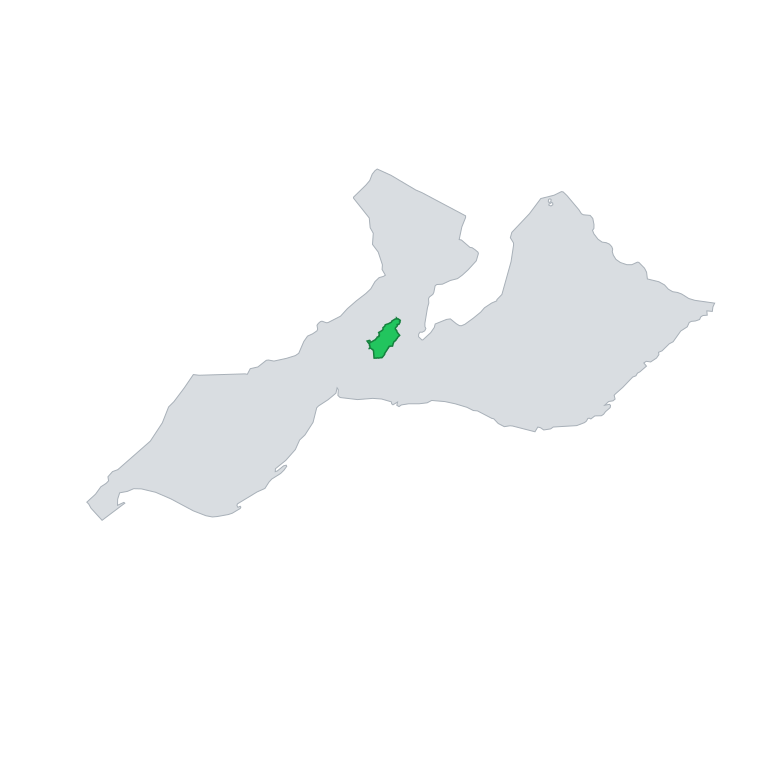 location of Maringue, Sofala, Mozambique, rotated 49°
{"feature_id": "85939544B35485552295049", "entity_name": "Maringue", "entity_type": "district", "adm_level": 2, "iso_a3": "MOZ", "parent_name": "Mozambique", "parent_adm1": "Sofala", "projection": "natural_earth1", "projection_center": [34.474, -17.814], "detail": "fine", "context": "in_parent", "style": "filled", "palette": "green", "viewbox_px": 768, "rotation_deg": 49, "n_neighbors": 0, "source": "geoboundaries", "source_scale": "gbopen_adm2", "svg_char_len": 7798}
<svg xmlns="http://www.w3.org/2000/svg" viewBox="0 0 768 768"><g transform="rotate(49 384 384)"><path d="M251.8,521.7L256.1,517.8L285.2,482.2L287.0,480.8L284.7,474.9L288.4,468.0L288.9,457.3L290.1,455.5L294.5,452.0L300.6,440.9L304.4,432.3L304.9,428.2L299.3,416.6L297.7,410.3L299.3,404.9L299.9,399.8L299.1,398.1L295.7,396.0L295.2,393.8L295.2,391.1L295.9,389.6L300.0,387.3L300.9,386.0L304.3,372.3L303.1,362.1L303.1,350.4L303.8,338.3L303.5,331.5L300.8,323.6L300.5,317.9L302.4,313.9L302.8,311.6L296.3,310.3L293.0,307.0L280.6,301.8L271.1,301.1L263.2,293.2L257.0,291.9L249.0,286.2L223.9,285.1L223.0,284.5L222.0,267.1L221.1,261.3L217.9,255.2L217.1,250.9L217.3,248.1L231.1,241.8L258.3,232.8L264.3,229.9L310.6,212.1L311.9,213.2L316.5,222.2L324.3,232.5L326.1,231.1L337.3,229.5L338.9,228.1L342.3,227.2L346.2,226.6L347.5,227.2L351.6,233.6L353.0,245.6L353.2,253.6L352.7,259.4L349.4,266.0L347.0,274.4L343.5,279.0L343.5,281.1L347.5,286.2L348.4,288.3L348.1,292.6L348.8,294.4L352.3,297.1L355.0,301.2L365.0,313.3L367.6,315.5L369.6,316.0L370.6,318.4L370.0,321.2L368.5,322.8L369.1,325.1L371.0,326.9L375.6,326.5L376.2,325.7L375.9,315.1L374.3,308.9L372.3,306.0L376.3,294.4L378.4,291.2L385.9,289.9L389.4,288.8L390.8,287.4L392.0,283.8L392.9,273.5L393.2,263.9L392.4,258.2L393.5,249.7L395.2,244.4L394.4,243.4L393.8,236.3L375.0,207.8L364.2,195.1L362.5,193.7L356.5,192.7L353.4,188.0L350.9,162.5L346.9,144.0L353.1,131.8L355.2,123.9L356.5,122.8L361.7,122.3L380.4,122.6L385.0,123.3L387.1,122.5L392.0,117.8L396.0,117.8L401.4,120.9L404.3,123.5L404.8,125.8L408.4,127.1L415.1,127.5L420.0,126.3L423.1,123.6L426.3,122.1L429.7,122.0L432.2,122.9L433.9,124.9L437.2,126.4L442.1,127.2L447.4,125.9L453.2,122.5L456.5,118.8L458.3,112.8L459.4,111.9L467.5,111.4L471.9,112.5L477.5,116.3L487.1,109.5L493.2,107.3L499.0,107.2L503.7,105.6L507.5,102.4L511.4,100.3L519.4,97.9L524.8,94.5L539.9,81.4L541.6,85.2L544.6,88.6L540.6,92.4L544.1,94.9L541.5,98.5L541.2,101.0L542.4,103.5L540.7,107.7L538.4,110.9L537.8,113.3L539.8,117.6L538.7,125.3L541.8,138.1L540.8,142.3L541.4,152.4L540.2,156.0L542.2,157.3L543.2,161.3L542.3,168.3L538.9,171.2L538.6,174.1L542.7,174.2L542.7,183.0L542.1,185.6L543.1,188.5L541.9,191.8L543.2,205.9L543.3,216.1L543.5,217.7L547.0,219.5L546.9,222.3L544.6,225.9L544.8,231.4L547.3,227.1L548.8,227.1L550.2,228.8L550.2,235.0L550.9,238.1L550.6,240.7L546.4,245.8L546.1,250.8L544.5,251.5L543.7,252.7L544.8,255.5L544.7,258.0L541.8,265.9L527.5,284.5L527.2,287.7L523.5,293.6L519.6,294.6L517.4,296.2L519.1,301.4L500.1,314.5L498.2,316.3L495.1,321.2L488.8,323.7L482.1,324.0L480.9,325.1L465.6,331.1L462.6,334.0L456.0,336.7L445.7,343.2L437.3,349.5L427.7,358.8L426.5,363.8L422.0,370.4L415.2,378.2L411.2,384.6L410.9,387.5L408.5,388.3L406.5,385.6L405.6,390.9L404.0,391.2L402.2,390.2L393.7,395.7L387.4,402.0L378.4,414.2L365.4,426.0L362.4,426.3L358.3,422.2L356.1,421.9L359.4,426.3L359.2,436.3L357.6,447.8L357.8,450.4L366.4,462.7L370.6,477.1L370.9,484.4L375.3,493.9L377.2,508.2L376.7,521.5L378.8,523.6L379.6,521.7L379.9,513.4L381.1,511.1L382.3,511.4L383.4,516.0L383.7,520.7L382.1,531.1L382.6,535.3L384.7,542.4L382.2,550.6L378.3,573.3L379.2,574.7L381.2,575.2L381.9,572.8L383.0,572.8L383.6,574.2L382.0,583.2L380.4,587.1L374.7,596.7L371.7,600.8L366.6,604.8L354.7,611.1L330.9,620.2L315.9,627.4L304.0,635.9L298.8,641.6L296.7,648.1L292.7,654.9L296.2,660.6L300.7,664.7L302.7,658.0L303.9,657.8L301.9,686.2L285.5,686.6L280.8,685.6L278.2,685.8L277.9,674.0L275.8,665.1L276.7,658.8L276.4,655.4L272.9,653.2L272.0,646.4L274.0,641.1L273.8,597.8L267.9,576.8L260.0,561.6L259.5,554.1L255.9,537.3L251.8,521.7ZM357.2,142.3L359.2,141.2L359.5,139.0L358.2,138.0L357.1,138.2L356.5,141.6L357.2,142.3ZM355.9,138.4L354.3,136.8L353.1,137.3L352.7,138.6L354.0,140.3L355.3,140.4L355.9,138.4Z" fill="#d9dde1" stroke="#a8b0b8" stroke-width="1"/><path d="M358.8,346.3L358.7,346.2L358.4,345.8L358.3,345.1L358.2,344.9L358.3,344.6L358.2,344.1L358.1,343.9L358.0,343.6L357.8,343.1L357.7,342.4L357.7,342.2L357.6,341.8L357.7,341.6L357.7,341.4L357.6,340.6L357.5,340.4L357.5,340.2L357.4,340.2L357.2,340.2L355.9,340.2L355.2,340.2L354.7,340.2L354.0,340.0L353.4,340.0L352.8,339.9L352.7,339.8L352.5,339.7L352.2,339.4L351.6,339.3L351.3,339.3L351.2,339.3L350.8,339.6L350.7,339.6L350.3,339.5L349.8,339.2L349.6,339.1L349.3,338.7L349.2,338.5L349.1,338.3L349.1,337.9L349.0,337.6L349.0,337.2L349.0,336.6L349.0,336.4L348.8,336.0L348.8,335.8L348.7,335.5L348.6,335.4L348.5,335.2L348.2,335.0L348.1,334.9L347.8,334.9L348.5,333.7L348.7,333.3L348.7,333.2L348.5,332.9L348.2,332.3L348.1,332.1L348.1,331.8L348.1,331.7L347.9,331.5L347.5,331.3L347.1,331.3L346.9,331.2L347.1,330.4L347.0,330.2L346.9,330.2L346.7,330.2L346.4,330.1L346.2,330.0L345.9,330.3L345.6,330.2L345.4,330.2L345.3,330.3L345.0,330.4L344.8,330.5L344.7,330.5L344.4,330.7L344.2,330.6L344.0,330.9L343.9,331.0L343.7,331.1L343.4,331.3L343.0,331.3L342.9,331.3L342.8,331.2L342.7,331.2L342.6,331.3L342.4,331.3L342.5,331.4L342.5,331.5L342.9,331.6L343.0,331.8L343.0,332.0L342.8,332.4L342.4,332.9L342.3,333.0L342.2,333.1L342.2,333.7L342.1,333.9L341.8,335.8L341.6,336.3L341.6,336.5L341.7,336.8L341.9,337.1L342.0,337.4L342.1,337.6L342.1,337.8L342.1,338.2L341.8,339.4L341.7,339.6L341.7,339.8L341.6,340.2L341.6,340.3L341.3,341.5L341.1,341.8L341.0,342.1L340.9,342.2L340.1,344.2L340.8,345.4L340.9,345.6L340.9,345.8L340.8,347.6L340.8,347.8L340.9,348.0L341.9,348.6L342.1,348.8L342.2,349.0L342.2,349.3L342.3,349.6L342.3,349.8L342.3,350.1L342.2,350.3L342.3,350.8L342.2,351.2L342.1,351.8L342.0,352.2L341.9,352.5L341.9,353.0L341.9,353.4L341.6,354.1L341.6,354.3L341.8,354.4L342.0,354.4L342.3,354.3L342.4,354.5L342.5,354.5L342.9,354.6L343.0,354.6L343.3,354.7L343.4,354.8L343.4,355.0L343.5,355.3L343.8,355.5L344.0,355.5L344.0,355.8L344.3,355.8L344.5,355.9L344.5,356.0L344.4,356.0L344.5,356.1L344.4,356.2L344.4,356.3L344.5,356.4L344.6,356.5L344.8,356.7L344.8,356.9L344.8,357.0L344.7,357.2L344.2,358.0L344.1,358.3L344.2,358.5L344.6,359.3L344.6,359.5L344.6,360.0L344.7,360.6L344.8,361.2L344.9,361.6L344.9,361.9L344.7,362.1L344.0,365.9L343.7,367.1L343.6,366.9L343.4,366.8L343.4,366.7L343.2,366.8L342.9,366.7L342.7,366.6L342.5,366.4L342.4,366.3L342.2,366.2L341.9,366.1L341.7,366.2L341.4,366.6L340.5,368.6L341.4,368.6L341.7,368.7L341.9,368.8L342.2,368.8L342.4,368.8L342.5,368.8L342.7,368.7L343.2,368.8L343.6,368.9L344.1,368.7L344.4,368.7L344.6,368.9L344.8,369.1L345.1,369.5L345.5,369.7L345.7,369.8L345.8,369.7L346.0,369.6L346.4,369.9L346.7,370.1L347.1,370.3L347.2,370.5L347.3,370.9L347.4,371.1L347.4,371.3L347.4,371.7L347.5,371.7L347.6,371.8L347.7,371.6L347.8,371.4L347.9,371.1L348.0,371.0L348.0,370.9L348.3,370.7L348.6,370.5L348.9,370.3L349.1,370.3L349.5,370.3L349.8,370.3L350.1,370.2L350.3,370.1L350.5,370.0L350.6,369.9L350.8,370.0L351.0,369.9L351.2,370.0L351.5,370.1L351.8,370.2L352.0,370.1L357.9,374.5L358.0,374.4L358.3,374.2L358.5,373.9L358.6,373.7L358.8,373.5L359.1,373.1L359.3,373.0L359.5,372.7L359.7,372.4L359.8,372.2L359.9,371.9L360.0,371.7L360.3,371.6L360.5,371.4L360.9,371.1L361.0,370.8L361.0,370.7L361.3,370.3L361.4,370.2L361.5,370.1L361.6,369.9L361.7,369.7L361.8,369.6L361.9,369.3L361.9,369.1L362.0,369.1L362.2,368.8L362.3,368.8L362.3,368.7L362.5,368.5L362.5,368.4L362.8,368.2L362.8,367.9L362.2,364.6L362.1,364.2L361.9,363.8L361.8,363.7L361.7,363.6L361.4,363.6L361.4,363.4L361.2,363.0L361.2,362.8L360.4,359.8L360.2,359.2L360.0,358.6L359.8,358.0L359.8,357.5L359.7,357.3L359.6,357.1L359.4,357.0L359.4,356.9L359.4,356.5L359.3,356.4L359.3,356.1L359.2,355.8L359.1,355.6L358.9,355.5L358.9,355.4L359.0,355.2L359.5,354.9L359.6,354.7L359.6,354.4L359.7,354.2L359.9,354.0L360.0,353.9L360.4,353.4L360.7,353.0L360.9,352.9L361.0,352.7L360.7,352.3L360.6,352.2L360.4,351.7L359.9,351.1L359.6,350.8L359.3,350.0L359.2,349.9L359.1,349.6L358.8,349.1L358.6,348.6L358.6,348.1L358.6,347.9L358.8,347.6L358.8,347.3L358.8,346.8L358.8,346.3Z" fill="#22c55e" stroke="#15803d" stroke-width="1.5"/></g></svg>